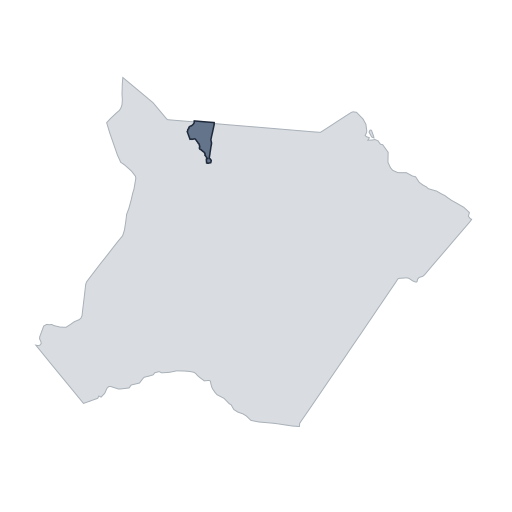 Wajir East, North-Eastern, Kenya (highlighted), rotated 275°
{"feature_id": "3690345B87307909258611", "entity_name": "Wajir East", "entity_type": "district", "adm_level": 2, "iso_a3": "KEN", "parent_name": "Kenya", "parent_adm1": "North-Eastern", "projection": "albers", "projection_center": [40.38, 2.006], "detail": "fine", "context": "in_parent", "style": "filled", "palette": "slate", "viewbox_px": 512, "rotation_deg": 275, "n_neighbors": 0, "source": "geoboundaries", "source_scale": "gbopen_adm2", "svg_char_len": 6174}
<svg xmlns="http://www.w3.org/2000/svg" viewBox="0 0 512 512"><g transform="rotate(275 256 256)"><path d="M89.9,314.1L89.8,307.0L90.9,289.0L90.9,273.2L91.8,265.3L95.8,260.3L97.6,256.7L98.9,251.6L101.0,247.4L105.7,244.1L106.5,242.2L111.4,236.6L114.4,229.3L116.7,226.9L119.5,224.6L121.4,223.4L124.7,222.2L127.2,221.5L127.7,221.0L127.9,219.8L127.1,215.3L128.1,213.8L129.9,210.8L131.9,208.0L133.7,206.2L134.7,204.4L135.1,201.2L135.2,199.0L135.2,195.3L134.7,187.0L132.6,180.0L131.4,172.2L132.4,169.6L130.7,165.0L129.9,164.8L128.6,163.8L126.9,159.5L125.6,155.5L124.8,154.5L119.3,151.0L116.6,142.9L113.5,141.1L111.8,133.0L111.5,130.7L113.3,122.7L113.2,120.8L111.3,119.1L106.1,117.3L101.9,114.0L102.4,112.8L102.8,111.6L100.5,110.8L94.1,97.0L102.5,88.8L111.0,80.5L121.8,69.9L131.7,60.2L140.3,51.9L148.0,44.4L147.8,45.8L147.8,47.7L148.8,48.9L150.3,49.7L152.5,48.9L154.4,47.7L156.3,47.5L167.7,50.6L169.6,53.4L169.5,56.3L170.0,58.4L169.1,60.6L168.1,67.0L168.4,72.9L171.8,77.3L174.8,80.8L177.3,85.6L179.0,87.1L181.5,87.9L189.4,88.1L201.1,88.5L212.3,88.8L213.3,88.9L215.7,89.6L226.0,96.1L235.4,102.1L243.4,107.4L251.2,112.4L258.7,117.3L264.6,121.4L270.4,122.7L279.8,123.3L286.3,123.5L292.3,125.2L301.2,126.8L307.8,127.7L311.9,128.6L323.0,129.5L324.9,129.0L329.8,124.5L335.3,117.1L337.5,113.1L344.6,109.1L357.1,103.5L366.0,99.5L375.8,95.6L380.2,99.0L386.4,104.5L389.1,107.2L391.4,108.4L394.7,109.3L398.8,109.3L401.0,109.1L405.5,108.4L416.1,107.8L422.2,107.8L417.1,115.1L411.0,123.9L399.7,140.1L391.2,148.6L384.7,155.1L384.1,156.2L384.1,163.4L384.2,180.9L384.3,216.0L384.5,251.0L384.6,286.0L384.7,303.5L384.8,309.4L390.5,316.8L396.1,323.9L403.5,333.4L407.4,338.5L408.1,340.2L407.9,343.6L401.8,350.7L396.8,354.0L390.1,355.5L388.1,355.2L385.5,354.2L384.4,355.9L383.7,358.6L382.2,358.0L381.1,357.3L381.7,362.0L382.4,364.3L381.4,367.5L378.2,370.2L377.9,372.5L370.8,378.6L360.8,379.3L355.6,382.3L353.2,384.8L351.4,390.2L352.1,398.5L349.3,404.9L348.8,408.1L343.6,412.2L341.3,416.0L339.6,419.9L338.1,421.6L336.4,430.2L334.0,435.4L333.3,437.2L332.7,438.8L330.8,441.8L329.6,444.0L328.8,445.3L322.6,458.8L317.9,464.8L314.1,464.1L311.6,466.5L311.4,467.6L310.1,467.0L306.9,464.8L300.5,460.2L294.1,455.6L287.7,451.0L281.3,446.5L274.9,441.9L268.5,437.3L262.1,432.7L255.7,428.2L251.9,425.5L250.3,423.9L249.0,420.7L248.3,419.9L246.6,418.9L244.6,418.7L244.0,418.1L244.1,416.6L244.8,414.4L247.1,410.2L247.4,407.8L246.9,405.0L246.2,400.5L245.6,399.4L241.3,397.1L232.4,392.1L223.6,387.2L214.7,382.2L205.8,377.3L196.9,372.3L188.0,367.4L179.2,362.4L170.3,357.4L161.4,352.5L152.6,347.5L143.7,342.5L134.8,337.5L126.0,332.6L117.1,327.6L108.2,322.6L99.4,317.6L96.1,315.7L93.1,314.1L89.9,314.1ZM385.4,362.8L383.9,363.2L384.7,360.8L389.3,357.8L391.1,358.5L391.5,359.2L391.4,359.8L390.6,360.4L385.4,362.8Z" fill="#d9dde1" stroke="#a8b0b8" stroke-width="1"/><path d="M344.4,199.1L344.4,199.3L344.2,199.5L344.2,199.9L344.2,200.1L344.2,200.3L344.3,200.6L344.5,201.0L344.7,201.8L344.9,202.5L345.0,202.8L345.5,202.9L345.9,203.0L346.6,203.0L346.9,203.1L347.1,203.1L347.3,203.1L347.6,202.9L348.2,202.3L348.3,202.2L348.5,202.1L348.8,201.8L348.9,201.7L349.0,201.4L349.1,201.2L349.2,200.9L349.3,200.8L349.8,200.9L350.4,200.9L350.9,201.0L351.8,201.0L352.3,201.1L352.6,201.1L353.0,201.1L353.4,201.2L353.7,201.2L354.3,201.2L354.8,201.2L355.2,201.2L355.5,201.2L355.8,201.3L356.1,201.3L356.7,201.3L357.3,201.4L357.8,201.4L358.6,201.5L359.1,201.5L359.9,201.5L360.3,201.6L360.6,201.6L361.0,201.6L361.6,201.7L362.6,201.8L363.0,201.8L363.3,201.9L363.6,201.9L363.8,201.9L364.1,201.9L364.4,201.9L364.6,201.8L364.9,201.8L365.1,201.8L365.2,201.7L365.7,201.6L366.9,201.2L368.0,200.9L368.6,201.0L370.0,201.2L370.6,201.2L371.2,201.3L372.6,201.5L376.2,202.0L376.3,202.0L382.7,202.8L382.9,202.9L383.1,202.9L383.7,202.8L384.3,202.8L384.9,202.8L385.3,202.7L385.2,192.5L385.2,190.1L385.2,182.8L385.2,182.7L384.9,182.7L384.6,182.7L384.4,182.7L384.1,182.8L383.5,182.8L383.2,182.7L382.9,182.6L382.3,182.3L381.4,181.7L381.2,181.5L380.8,181.1L380.1,180.3L379.9,180.1L379.9,179.7L379.6,179.2L379.4,178.9L379.2,178.7L378.9,178.5L378.8,178.3L378.6,178.1L378.4,178.0L378.2,178.0L378.0,177.9L377.9,178.0L377.3,178.0L377.2,177.9L376.6,177.5L376.4,177.2L376.2,177.1L375.8,177.0L375.6,177.0L375.4,177.0L375.2,177.0L374.8,177.1L374.7,177.1L374.3,176.8L374.0,176.6L366.5,180.1L366.6,180.4L366.6,180.5L366.6,180.8L366.7,181.0L366.8,181.3L366.8,181.7L366.7,181.8L366.6,182.0L366.7,182.3L366.8,182.5L366.9,182.9L366.9,183.1L367.0,183.3L367.0,183.5L367.1,183.8L367.2,184.0L367.3,184.2L367.3,184.3L367.4,184.5L367.4,184.9L367.3,185.1L367.2,185.2L367.1,185.3L366.8,185.6L366.6,185.8L366.5,186.0L366.4,186.1L366.1,186.3L366.0,186.5L365.9,186.6L365.6,186.8L365.4,186.9L365.2,187.0L364.9,187.3L364.8,187.5L364.7,187.6L364.2,188.0L363.9,188.2L363.8,188.3L363.7,188.3L363.5,188.5L363.4,188.5L363.2,188.7L363.2,188.8L363.0,189.0L362.9,189.2L362.9,189.3L362.7,189.5L362.4,189.6L362.1,189.6L361.9,189.7L361.8,189.8L361.7,189.8L361.6,190.0L361.4,190.1L361.2,190.1L360.9,190.1L360.7,190.1L360.4,190.2L360.3,190.3L360.2,190.3L359.9,190.5L359.8,190.4L359.7,190.4L359.4,190.4L359.2,190.3L359.0,190.2L358.9,190.2L358.6,190.1L358.4,190.2L358.3,190.3L358.1,190.4L358.0,190.5L357.9,190.5L357.7,190.7L357.6,190.8L357.4,190.9L357.4,191.0L357.3,191.3L357.2,191.5L357.2,191.9L357.1,192.0L356.9,192.2L356.9,192.3L356.7,192.4L356.7,192.5L356.5,192.8L356.4,192.8L356.3,193.0L356.2,193.1L356.1,193.3L356.0,193.5L355.9,193.5L355.6,193.9L355.6,194.0L355.4,194.3L355.3,194.5L355.2,194.7L355.2,194.8L355.1,195.0L354.9,195.1L354.7,195.3L354.4,195.5L354.2,195.7L354.0,195.9L354.0,196.0L353.9,196.0L353.7,196.1L353.5,196.3L353.4,196.3L353.2,196.2L353.1,196.3L352.9,196.3L352.7,196.5L352.4,196.6L352.2,196.6L352.0,196.4L351.9,196.4L351.9,196.5L351.7,196.8L351.4,197.0L351.2,197.0L350.9,197.3L350.7,197.5L350.3,197.8L350.2,197.9L350.0,198.0L349.9,198.1L349.7,198.2L349.7,198.3L349.5,198.5L349.3,198.7L349.1,198.8L348.9,199.0L348.7,199.1L348.6,198.8L348.6,198.7L348.5,198.4L348.4,198.2L348.2,198.1L347.9,198.1L347.7,198.1L347.1,198.2L346.8,198.3L346.5,198.3L344.9,198.6L345.0,198.7L345.0,198.8L344.8,198.8L344.7,198.9L344.6,199.0L344.4,199.1Z" fill="#64748b" stroke="#1e293b" stroke-width="1.5"/></g></svg>